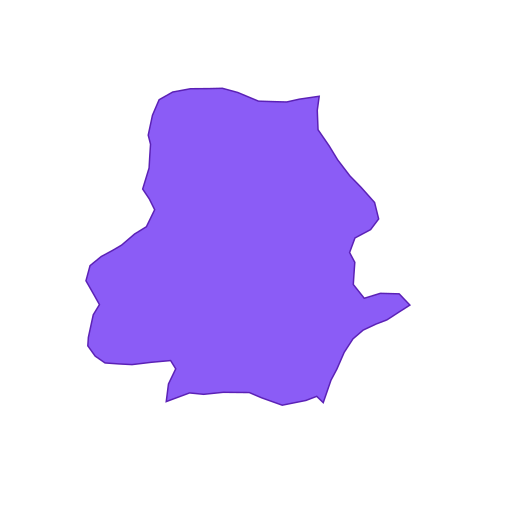 the district of Agios Iakovos, Cyprus, rotated 118°
{"feature_id": "46923920B93502330061419", "entity_name": "Agios Iakovos", "entity_type": "district", "adm_level": 2, "iso_a3": "CYP", "parent_name": "Cyprus", "parent_adm1": "", "projection": "orthographic", "projection_center": [33.821, 35.322], "detail": "fine", "context": "isolated", "style": "filled", "palette": "violet", "viewbox_px": 512, "rotation_deg": 118, "n_neighbors": 0, "source": "geoboundaries", "source_scale": "gbopen_adm2", "svg_char_len": 1079}
<svg xmlns="http://www.w3.org/2000/svg" viewBox="0 0 512 512"><g transform="rotate(118 256 256)"><path d="M353.9,127.8L330.5,131.5L317.9,131.5L299.7,132.9L283.7,131.5L271.1,126.6L259.9,118.2L250.9,110.4L238.3,103.4L227.1,97.1L222.2,111.8L230.6,128.7L242.5,140.6L235.5,156.7L227.8,160.2L215.2,165.8L209.0,175.0L193.6,177.1L178.9,167.2L165.7,165.1L153.1,176.4L146.1,195.3L141.2,210.7L132.8,229.0L124.5,243.0L115.4,260.5L98.6,270.3L85.3,275.2L97.2,291.4L105.6,301.2L110.5,311.0L118.1,326.5L120.2,348.9L123.7,364.4L130.0,375.6L139.1,392.4L150.3,406.5L163.5,414.9L180.3,413.5L199.9,407.9L206.8,401.6L219.4,395.9L228.5,391.7L250.1,387.5L255.7,377.0L262.7,367.2L281.6,366.5L293.5,373.5L309.5,379.8L318.6,385.4L329.1,392.4L342.4,398.0L357.7,394.5L366.1,381.2L372.4,371.4L384.3,372.1L406.6,365.8L414.3,362.3L419.9,351.0L421.3,339.1L415.7,326.5L410.1,314.5L398.9,298.4L388.4,282.3L393.3,273.9L410.1,273.2L426.7,266.9L408.1,250.4L402.7,237.3L391.7,220.9L379.7,197.8L378.6,184.7L375.4,162.8L360.1,144.1L351.4,136.5L353.9,127.8Z" fill="#8b5cf6" stroke="#5b21b6" stroke-width="1.5"/></g></svg>